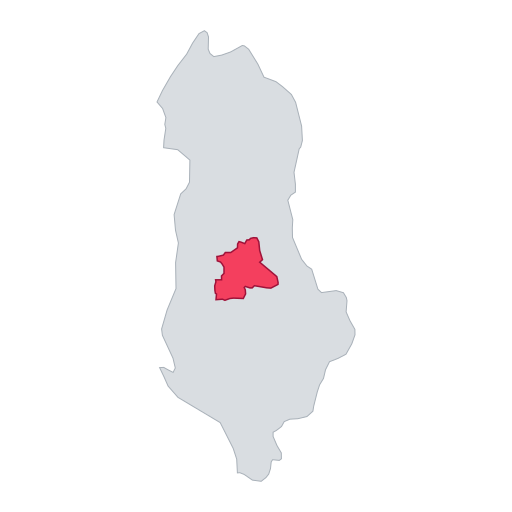 location of Elbasan, Elbasan, Albania
{"feature_id": "67620474B34590160208903", "entity_name": "Elbasan", "entity_type": "district", "adm_level": 2, "iso_a3": "ALB", "parent_name": "Albania", "parent_adm1": "Elbasan", "projection": "albers", "projection_center": [20.009, 41.064], "detail": "fine", "context": "in_parent", "style": "filled", "palette": "rose", "viewbox_px": 512, "rotation_deg": 0, "n_neighbors": 0, "source": "geoboundaries", "source_scale": "gbopen_adm2", "svg_char_len": 2140}
<svg xmlns="http://www.w3.org/2000/svg" viewBox="0 0 512 512"><path d="M163.6,147.7L164.0,140.2L165.8,128.3L164.8,124.4L165.9,117.6L162.6,108.5L157.0,102.0L162.5,90.5L170.5,76.6L177.8,65.6L186.7,54.1L192.6,43.1L199.0,33.6L204.4,30.7L207.1,32.7L208.5,36.9L208.2,49.2L210.0,53.5L213.8,56.6L221.7,55.1L230.5,52.0L242.3,45.5L244.4,45.9L248.7,49.3L257.9,64.2L264.0,77.2L276.0,81.7L282.7,86.8L291.4,94.5L295.6,102.3L301.6,126.1L302.4,140.5L300.7,147.1L299.2,148.8L294.0,172.3L295.4,184.2L295.4,192.1L290.8,195.2L287.8,200.2L292.8,219.7L292.3,228.0L292.5,237.5L301.6,259.3L306.9,266.0L311.7,269.2L317.9,289.2L321.5,292.6L336.2,290.6L343.4,292.7L346.3,297.5L347.0,300.7L346.1,311.9L349.9,320.6L354.9,329.4L355.0,334.8L351.8,343.8L346.0,354.2L338.2,358.3L329.5,361.7L325.5,369.8L323.5,378.4L319.6,384.8L317.3,391.8L313.7,406.1L312.9,411.2L307.0,416.5L297.9,418.7L289.8,419.2L284.2,421.6L281.5,426.5L276.3,430.5L273.1,432.2L273.1,436.5L277.0,445.6L281.3,452.9L281.4,458.8L279.3,460.4L272.6,459.7L271.2,461.9L270.5,468.5L268.7,474.1L266.0,477.5L261.2,481.3L252.4,480.1L244.1,474.4L239.8,472.7L237.4,472.9L236.7,459.1L233.2,448.4L220.2,422.6L178.0,397.4L168.1,386.1L163.9,376.6L159.6,367.6L163.7,367.4L167.8,369.7L173.1,372.4L175.3,368.0L173.0,358.2L162.4,335.3L161.6,329.0L167.1,310.0L176.0,288.6L175.6,262.6L178.4,243.0L175.5,230.2L174.1,214.6L180.7,193.9L186.1,188.8L189.5,182.2L189.9,160.1L177.7,149.7L163.6,147.7Z" fill="#d9dde1" stroke="#a8b0b8" stroke-width="1"/><path d="M217.3,260.9L220.5,262.0L222.0,263.8L224.0,267.1L224.0,273.4L221.5,275.9L221.6,279.8L215.6,279.8L215.9,281.8L214.7,285.9L214.9,290.3L215.4,293.3L216.5,294.0L216.0,299.7L222.5,299.2L224.9,300.3L229.9,298.5L233.6,298.1L243.3,298.5L245.6,293.9L245.3,289.8L244.2,287.5L245.3,286.4L249.9,287.9L252.2,287.9L254.4,285.7L266.6,287.8L270.9,288.1L278.0,284.4L278.1,282.5L276.8,276.6L259.7,262.2L262.5,259.7L259.7,250.6L258.8,241.8L256.8,237.9L253.5,237.7L250.5,238.4L249.3,239.8L246.8,240.0L244.8,243.6L240.9,242.1L239.0,241.6L237.6,244.0L237.5,247.8L230.8,252.5L225.3,252.5L223.4,255.1L218.5,256.3L216.9,256.5L217.3,260.9Z" fill="#f43f5e" stroke="#9f1239" stroke-width="1.5"/></svg>